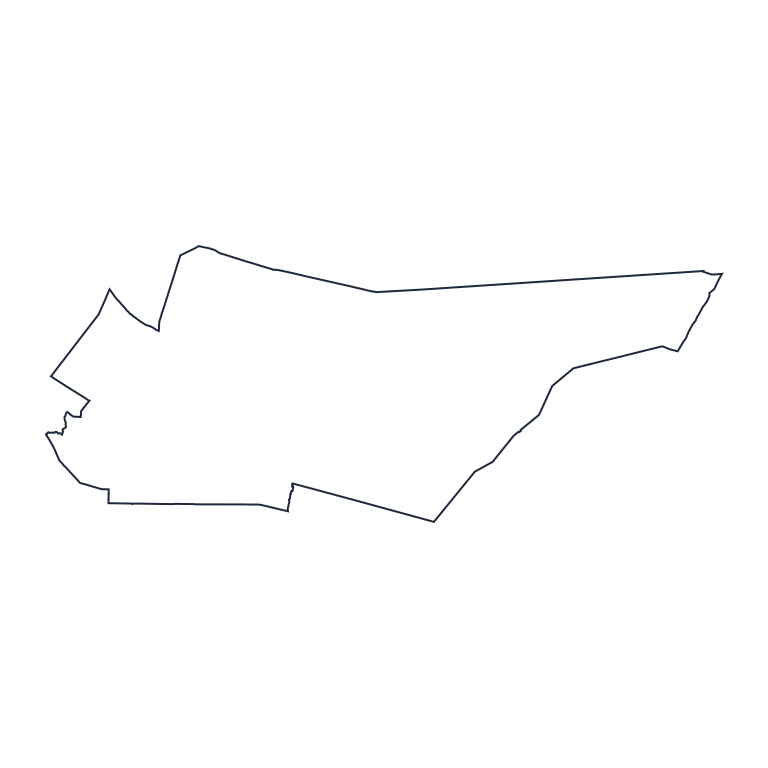 Istria, Constanta, Romania (Robinson projection)
{"feature_id": "2599482B58172881706540", "entity_name": "Istria", "entity_type": "district", "adm_level": 2, "iso_a3": "ROU", "parent_name": "Romania", "parent_adm1": "Constanta", "projection": "robinson", "projection_center": [28.695, 44.556], "detail": "fine", "context": "isolated", "style": "outline", "palette": "slate", "viewbox_px": 768, "rotation_deg": 0, "n_neighbors": 0, "source": "geoboundaries", "source_scale": "gbopen_adm2", "svg_char_len": 4827}
<svg xmlns="http://www.w3.org/2000/svg" viewBox="0 0 768 768"><path d="M721.9,273.9L714.3,274.5L711.3,274.4L703.2,271.7L703.4,271.0L421.2,289.6L403.7,290.6L398.1,290.9L382.2,291.8L377.7,292.1L376.7,292.1L374.4,291.7L374.2,291.8L368.8,290.7L365.1,289.8L361.4,288.9L354.8,287.4L351.6,286.6L348.3,285.8L348.2,285.8L333.8,282.6L333.7,282.5L327.6,281.2L324.1,280.4L318.0,279.0L314.9,278.3L307.7,276.7L304.0,275.9L303.9,275.9L301.6,275.2L299.4,274.7L295.8,273.9L292.1,273.0L278.6,270.1L277.3,269.9L275.7,269.8L274.2,269.8L273.8,270.0L273.0,269.7L272.9,269.4L270.8,268.8L268.3,268.1L264.0,266.8L259.3,265.4L253.0,263.4L249.2,262.3L246.8,261.6L242.6,260.3L241.2,259.9L238.6,259.0L236.3,258.3L236.2,258.3L232.5,257.1L230.3,256.4L228.8,255.9L223.7,254.3L223.1,254.2L220.1,253.3L219.4,253.1L217.1,251.5L214.5,249.9L211.4,249.1L210.4,248.6L209.2,248.3L203.2,247.1L200.1,246.4L199.7,246.4L198.3,246.1L197.9,246.5L196.9,247.2L196.1,247.6L193.7,248.9L191.0,250.2L189.0,251.2L188.3,251.5L187.6,251.8L180.2,255.5L180.2,255.9L178.2,261.9L174.2,274.8L172.0,281.8L169.8,288.7L169.7,288.8L167.4,296.3L166.1,300.3L165.7,301.8L165.4,302.7L165.1,303.5L164.9,304.2L162.8,310.6L162.0,312.8L161.5,314.4L161.3,315.1L161.2,315.6L161.1,316.2L160.8,317.0L159.8,320.1L159.5,321.1L159.3,322.2L159.1,324.1L159.0,325.8L159.0,327.7L158.9,328.8L158.9,329.3L158.9,330.2L158.9,330.6L158.9,330.8L158.8,331.0L158.5,330.8L157.5,330.4L156.8,330.1L156.2,329.8L155.1,329.1L154.2,328.5L153.3,327.9L151.8,327.0L150.9,326.6L148.6,325.7L146.7,325.3L145.0,324.4L141.8,322.3L141.0,321.9L139.3,320.6L137.9,319.7L136.1,318.3L132.7,315.8L131.7,314.8L131.4,314.7L130.8,314.3L130.2,313.9L129.8,313.6L129.4,313.2L128.8,312.4L128.4,311.8L128.0,311.5L127.4,311.1L126.9,310.6L126.4,310.0L126.0,309.4L125.3,308.5L123.6,306.6L121.4,304.2L120.9,303.5L118.8,301.2L116.7,299.0L114.2,295.8L111.1,291.3L109.6,289.3L103.9,302.6L99.2,313.2L98.6,314.5L81.0,337.3L63.8,359.7L62.4,361.5L60.8,363.5L51.0,376.4L56.5,380.0L66.6,386.5L79.3,394.4L89.2,400.8L89.3,400.8L89.1,401.1L87.8,402.7L86.0,404.9L85.1,406.0L84.3,407.0L83.1,408.6L81.1,411.1L80.9,414.8L80.7,417.0L77.2,416.8L73.3,416.6L72.0,415.7L70.2,414.4L69.2,413.4L67.2,412.0L66.1,413.3L65.7,414.3L65.5,415.4L65.2,416.4L64.5,417.0L64.7,419.8L65.8,422.8L65.6,424.7L66.0,426.9L65.5,427.3L65.3,427.8L62.7,429.3L62.5,430.3L63.1,431.5L62.0,434.7L61.6,434.4L60.7,433.5L59.4,433.2L58.8,433.4L58.7,433.4L58.1,433.6L57.9,433.5L57.5,432.6L57.1,432.2L55.5,431.9L55.2,432.0L54.8,432.2L54.1,432.8L53.9,432.8L51.9,432.6L49.4,432.8L48.9,432.8L48.3,432.3L46.1,434.1L46.7,434.9L46.4,435.2L46.8,435.8L47.1,436.3L48.8,438.9L48.8,439.0L51.0,442.6L52.2,444.7L53.6,447.4L55.0,450.3L55.8,452.2L56.5,453.9L56.6,454.0L58.5,458.5L59.1,459.8L59.4,460.4L60.1,461.2L62.3,463.6L63.9,465.6L64.4,466.1L64.7,466.3L64.9,466.4L70.0,471.9L74.2,476.5L74.8,477.2L75.2,477.5L79.1,481.9L79.8,482.7L79.9,482.8L81.5,483.4L83.9,484.0L84.8,484.2L85.0,484.2L85.6,484.4L86.4,484.7L89.0,485.5L97.2,487.9L98.0,488.1L98.9,488.4L100.6,488.9L101.1,489.1L108.7,489.4L108.5,503.2L128.2,503.5L130.2,503.5L131.0,503.5L131.4,503.5L132.1,504.0L132.3,504.0L132.5,504.1L133.2,503.6L140.0,503.6L144.8,503.7L151.2,503.8L156.3,503.9L164.8,504.0L173.3,504.1L174.8,503.9L175.1,503.9L178.3,503.9L185.8,504.0L193.3,504.1L194.8,504.2L195.4,504.3L209.4,504.3L215.6,504.3L220.0,504.3L223.4,504.4L225.5,504.4L232.4,504.4L236.4,504.4L241.3,504.4L248.6,504.5L252.5,504.5L257.5,504.5L260.8,504.8L261.2,505.0L261.5,505.0L262.3,505.2L287.6,511.2L288.0,511.3L287.9,510.4L287.6,509.5L287.9,508.2L288.0,507.4L288.4,506.1L288.5,505.2L288.6,504.5L288.7,504.3L288.8,503.7L289.1,502.9L289.3,502.2L289.3,501.7L289.3,501.0L289.2,500.6L289.1,500.4L288.9,499.9L289.0,499.5L289.0,499.4L289.2,499.2L289.7,499.0L289.9,498.6L289.9,497.8L290.0,497.0L290.0,496.6L290.2,496.0L290.5,494.1L290.8,494.1L291.0,493.7L290.9,493.5L290.6,493.4L290.8,492.7L291.4,491.0L291.7,490.8L291.9,491.0L292.3,491.1L292.6,490.9L292.7,490.5L293.1,487.5L293.3,487.1L293.2,486.9L293.0,487.1L292.7,487.2L292.4,487.0L292.1,486.6L292.2,486.1L292.5,485.4L292.2,485.0L292.3,484.5L292.2,484.3L292.5,483.5L310.7,488.3L349.9,498.9L350.4,499.0L356.6,500.7L396.7,511.7L433.9,521.9L444.4,509.0L474.8,471.7L492.7,461.8L509.4,441.0L509.7,440.8L510.1,440.4L510.3,440.0L510.3,439.9L513.7,435.7L518.2,432.0L518.7,432.1L519.3,432.1L519.6,431.9L519.9,431.5L520.6,431.0L520.8,430.9L520.7,430.5L520.5,430.1L539.0,414.9L548.2,394.8L550.3,390.3L552.2,386.0L560.8,378.8L561.0,378.8L561.3,378.5L561.3,378.4L573.4,368.3L661.8,346.4L662.8,346.5L668.9,348.9L669.5,349.2L677.7,351.3L680.8,346.1L683.3,341.8L685.8,338.6L688.7,331.5L692.9,324.0L695.4,321.1L696.6,318.3L697.3,316.6L698.4,315.1L699.6,312.9L701.3,309.8L702.7,307.1L706.1,302.7L708.2,299.0L709.5,295.7L709.3,293.1L711.1,291.7L714.4,288.9L717.1,282.9L721.6,274.3L721.9,273.9Z" fill="none" stroke="#1e293b" stroke-width="2"/></svg>